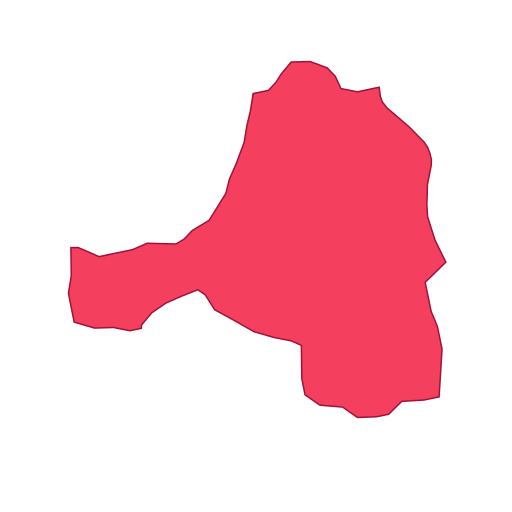 outline of Sinkye, Hwanghae-bukto, North Korea, rotated 348°
{"feature_id": "82179303B98001602077811", "entity_name": "Sinkye", "entity_type": "district", "adm_level": 2, "iso_a3": "PRK", "parent_name": "North Korea", "parent_adm1": "Hwanghae-bukto", "projection": "orthographic", "projection_center": [126.546, 38.511], "detail": "fine", "context": "isolated", "style": "filled", "palette": "rose", "viewbox_px": 512, "rotation_deg": 348, "n_neighbors": 0, "source": "geoboundaries", "source_scale": "gbopen_adm2", "svg_char_len": 1127}
<svg xmlns="http://www.w3.org/2000/svg" viewBox="0 0 512 512"><g transform="rotate(348 256 256)"><path d="M439.2,171.9L432.9,161.9L414.8,138.2L411.6,131.5L410.8,125.7L411.6,116.5L389.4,116.5L373.9,109.9L370.9,96.7L364.8,86.8L349.3,77.0L330.7,73.6L318.2,83.5L311.9,90.0L302.6,96.6L287.0,96.5L280.7,112.9L274.4,126.1L268.0,142.5L255.4,162.2L246.0,175.3L239.6,188.4L230.2,198.2L217.6,211.3L198.9,217.8L189.5,224.4L180.2,227.6L152.2,220.9L136.6,224.1L114.9,224.0L102.4,224.0L93.2,217.4L83.9,210.8L76.7,209.3L71.2,237.0L64.8,253.4L64.6,266.5L64.4,282.9L83.0,292.9L101.7,296.3L117.2,302.9L128.8,302.9L129.7,299.7L142.2,289.9L157.8,283.4L173.4,280.1L192.1,276.9L198.3,283.5L204.4,300.0L219.8,313.2L238.4,329.7L257.0,339.6L272.5,346.2L281.8,352.8L275.3,385.6L275.1,402.0L287.5,415.2L309.3,421.8L321.6,435.0L340.3,438.3L352.8,438.4L368.4,428.5L390.3,431.8L405.8,431.9L412.2,408.9L418.6,385.9L418.8,362.9L415.8,346.5L415.9,333.3L416.0,316.9L440.4,301.5L434.4,277.6L432.0,253.5L433.8,241.3L438.6,221.6L446.2,204.0L447.6,198.5L447.5,191.8L446.5,185.7L444.3,179.9L439.2,171.9Z" fill="#f43f5e" stroke="#9f1239" stroke-width="1.5"/></g></svg>